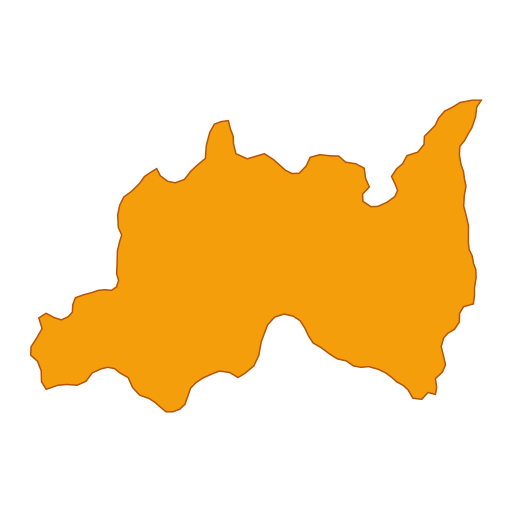 Conceição dos Ouros, Minas Gerais, Brazil (orthographic projection)
{"feature_id": "56859067B29427208772050", "entity_name": "Conceição dos Ouros", "entity_type": "district", "adm_level": 2, "iso_a3": "BRA", "parent_name": "Brazil", "parent_adm1": "Minas Gerais", "projection": "orthographic", "projection_center": [-45.772, -22.442], "detail": "fine", "context": "isolated", "style": "filled", "palette": "amber", "viewbox_px": 512, "rotation_deg": 0, "n_neighbors": 0, "source": "geoboundaries", "source_scale": "gbopen_adm2", "svg_char_len": 2376}
<svg xmlns="http://www.w3.org/2000/svg" viewBox="0 0 512 512"><path d="M481.3,100.2L472.2,100.2L460.1,102.5L453.0,106.9L444.6,111.1L438.6,118.1L435.2,125.4L428.9,131.8L424.4,136.3L424.0,144.5L417.7,152.2L407.0,155.6L402.6,163.8L396.8,168.6L391.5,176.5L395.2,184.2L397.6,190.4L394.8,196.6L386.8,202.4L377.8,206.4L371.0,206.7L362.9,201.3L362.6,194.1L369.3,187.0L365.6,178.4L364.2,168.2L355.9,163.8L345.5,162.1L338.7,156.1L330.0,155.8L319.7,154.7L310.2,157.3L306.2,166.0L299.1,173.3L292.0,173.5L285.4,170.3L280.7,166.0L273.2,159.4L264.4,153.7L257.3,155.8L247.3,158.8L235.9,153.7L233.5,143.8L233.2,136.3L230.5,129.2L228.3,120.6L221.2,121.6L214.4,124.1L209.7,132.6L206.3,145.6L205.4,158.4L197.2,165.2L190.6,171.4L184.4,179.5L175.1,182.8L167.7,181.3L160.3,175.8L156.7,168.6L151.3,171.9L144.5,176.5L139.5,183.5L131.8,191.1L123.9,196.9L119.8,205.0L117.7,214.7L118.3,227.4L121.7,235.0L119.6,241.7L117.4,251.0L117.0,266.1L116.6,273.6L118.6,280.5L116.4,287.0L111.3,290.4L104.9,289.7L98.2,290.4L91.9,292.6L83.8,294.7L75.4,297.7L72.7,304.9L72.4,312.1L68.0,316.9L61.3,319.9L54.2,317.6L46.1,313.3L38.8,317.9L42.1,328.6L36.5,338.3L31.1,346.7L30.7,355.1L37.5,361.3L41.2,370.8L41.5,381.7L46.2,389.3L57.6,385.3L66.7,384.5L77.2,385.2L86.1,381.2L92.2,372.9L101.0,368.9L107.7,367.3L114.3,368.5L120.5,373.3L128.1,377.5L132.5,387.4L139.6,395.1L149.3,398.6L155.4,402.7L160.2,407.0L166.0,411.8L172.8,411.8L179.9,409.1L184.9,404.4L187.6,396.7L190.6,388.1L196.0,382.6L203.1,377.9L212.1,373.9L219.5,371.0L229.6,372.5L238.0,377.5L244.7,373.5L253.8,366.0L258.8,355.4L261.2,341.9L264.4,333.3L267.6,324.8L274.6,317.1L284.1,314.0L293.3,316.2L300.2,320.8L304.9,328.2L308.4,335.7L313.2,343.1L320.6,347.3L329.6,354.0L337.4,358.9L346.3,360.9L353.4,365.9L360.9,367.3L368.6,366.6L378.4,369.3L386.0,373.1L391.5,377.2L396.8,381.9L403.1,385.3L408.0,389.8L412.9,398.2L421.7,399.3L428.0,392.5L435.4,394.4L436.7,387.7L435.4,378.6L442.4,372.1L445.5,364.8L443.6,356.4L441.2,346.6L443.6,338.0L447.9,333.2L454.6,329.2L459.3,322.0L459.6,313.2L463.6,306.7L473.4,303.9L474.5,295.4L474.5,287.7L476.1,277.7L475.8,269.6L473.5,263.4L472.2,255.9L469.1,249.4L468.4,242.7L468.4,235.1L468.5,225.7L465.8,214.1L463.7,206.0L464.3,195.5L466.0,186.1L464.5,179.1L463.4,171.2L461.1,164.9L459.4,155.2L459.8,146.4L464.5,140.6L468.2,133.8L471.8,127.9L475.5,117.1L476.8,106.9L481.3,100.2Z" fill="#f59e0b" stroke="#b45309" stroke-width="1.5"/></svg>